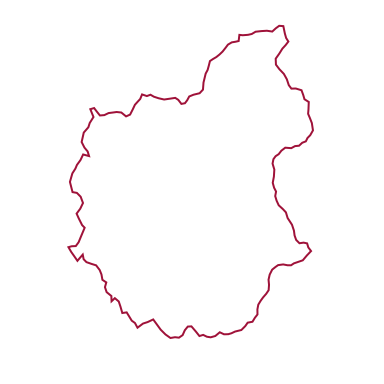 outline of Jacutinga, Minas Gerais, Brazil, rotated 349°
{"feature_id": "56859067B357432124810", "entity_name": "Jacutinga", "entity_type": "district", "adm_level": 2, "iso_a3": "BRA", "parent_name": "Brazil", "parent_adm1": "Minas Gerais", "projection": "equal_earth", "projection_center": [-46.595, -22.286], "detail": "fine", "context": "isolated", "style": "outline", "palette": "rose", "viewbox_px": 384, "rotation_deg": 349, "n_neighbors": 0, "source": "geoboundaries", "source_scale": "gbopen_adm2", "svg_char_len": 2649}
<svg xmlns="http://www.w3.org/2000/svg" viewBox="0 0 384 384"><g transform="rotate(349 192 192)"><path d="M108.0,91.3L109.6,99.6L104.8,104.7L102.6,108.7L97.1,113.0L93.2,121.9L94.9,127.9L97.3,132.3L97.8,137.1L92.3,134.4L88.6,139.4L84.2,143.5L82.0,146.8L78.1,150.9L74.1,158.8L74.7,169.3L78.8,170.9L81.8,175.4L82.9,182.0L79.1,187.1L74.6,191.2L75.8,196.3L77.8,203.5L79.8,206.6L74.6,214.4L71.1,219.7L67.6,222.9L63.5,222.3L60.2,222.6L62.0,227.8L64.0,232.2L66.4,237.7L69.5,235.2L72.8,232.6L72.8,237.3L75.0,240.7L79.8,243.5L83.9,245.7L86.5,251.0L87.4,255.7L87.3,261.1L90.6,264.4L88.4,268.8L89.1,274.0L93.0,278.7L92.2,283.9L96.0,281.5L99.2,285.5L99.9,290.8L100.5,297.5L104.9,297.7L108.3,306.8L111.0,309.7L112.6,314.8L118.8,311.8L123.7,311.2L129.6,309.7L132.0,314.8L135.0,321.2L138.8,326.8L143.0,331.2L147.6,331.3L151.4,332.5L155.5,330.7L158.6,326.3L162.2,323.3L165.8,323.8L169.2,329.8L171.8,334.8L175.7,334.4L179.0,336.9L182.6,338.2L187.4,337.8L192.5,335.0L196.3,337.8L200.5,338.5L203.7,338.2L207.7,337.2L214.1,336.9L218.7,333.8L221.7,330.9L226.6,330.9L229.8,327.4L232.9,324.7L233.8,319.7L235.6,315.2L238.7,311.8L241.7,309.0L245.4,306.1L248.5,303.0L249.9,297.8L250.4,292.7L252.5,287.9L255.9,283.5L259.7,281.5L262.6,280.2L267.7,280.5L271.7,282.1L275.3,282.8L278.4,281.5L282.0,281.0L287.7,280.2L292.8,276.1L297.6,272.7L295.6,268.6L295.2,264.4L291.9,263.0L287.7,262.8L285.1,258.9L284.4,254.2L284.7,249.4L283.9,243.2L280.9,235.8L280.3,229.9L278.0,226.2L274.6,221.6L273.4,216.7L272.9,211.9L274.6,207.6L273.4,203.5L273.0,198.4L275.3,192.6L277.1,185.7L276.5,179.5L278.2,175.3L280.9,172.8L284.3,171.4L287.6,168.5L292.0,166.3L297.8,167.9L301.9,166.6L305.9,167.0L309.6,164.7L313.4,164.0L315.7,161.0L318.9,158.8L322.5,154.6L322.8,147.2L321.9,142.2L320.9,137.4L322.1,133.1L323.8,125.9L320.1,122.4L319.7,118.0L318.9,113.0L313.6,110.2L309.3,109.5L307.4,105.6L306.6,99.4L304.7,93.6L301.2,88.1L298.7,83.0L299.6,77.1L304.2,72.7L308.1,68.5L311.9,65.7L315.3,62.7L313.8,58.8L313.4,54.2L313.3,46.6L309.3,45.5L305.5,47.3L301.4,49.8L296.3,48.0L290.9,47.3L285.0,46.8L280.8,48.3L277.0,48.4L271.7,47.8L268.5,46.8L266.6,52.7L263.3,52.8L259.6,52.7L255.4,54.2L252.3,57.0L248.8,60.0L245.2,62.3L241.6,64.2L237.9,65.5L234.6,66.9L232.6,71.2L230.6,75.2L228.0,78.4L226.4,81.9L224.2,86.7L222.3,93.6L218.3,96.5L212.0,96.8L207.5,97.7L204.8,101.0L202.0,103.5L198.4,103.5L196.1,98.9L193.5,96.4L188.6,96.2L182.3,95.9L177.1,93.6L172.8,91.2L169.8,88.6L166.0,89.2L161.6,86.7L158.9,90.8L155.9,93.0L152.6,95.5L149.6,99.6L146.0,104.2L141.7,105.2L137.8,100.5L133.3,99.1L129.7,98.9L125.2,98.6L120.6,99.8L116.2,99.3L113.7,94.5L111.9,90.9L108.0,91.3Z" fill="none" stroke="#9f1239" stroke-width="2"/></g></svg>